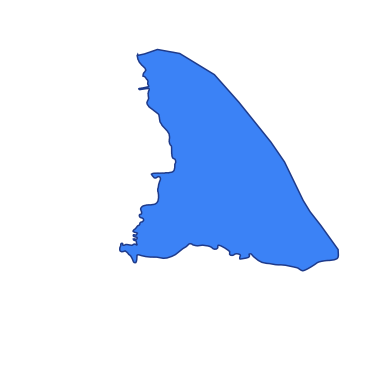 Cap Estate/Upper Saline Point, Saint Lucia (Mercator projection), rotated 232°
{"feature_id": "8701671B39792436227120", "entity_name": "Cap Estate/Upper Saline Point", "entity_type": "district", "adm_level": 2, "iso_a3": "LCA", "parent_name": "Saint Lucia", "parent_adm1": "", "projection": "mercator", "projection_center": [-60.944, 14.108], "detail": "fine", "context": "isolated", "style": "filled", "palette": "blue", "viewbox_px": 384, "rotation_deg": 232, "n_neighbors": 0, "source": "geoboundaries", "source_scale": "gbopen_adm2", "svg_char_len": 6050}
<svg xmlns="http://www.w3.org/2000/svg" viewBox="0 0 384 384"><g transform="rotate(232 192 192)"><path d="M333.8,233.9L333.2,232.7L332.3,232.3L331.6,232.0L331.2,231.7L330.3,231.4L329.9,231.1L329.2,231.0L328.5,230.9L327.6,230.6L327.0,230.5L326.5,230.4L326.0,230.5L325.5,230.4L324.9,230.5L324.0,230.5L323.5,230.5L322.9,230.5L322.3,230.7L321.8,230.8L321.2,230.8L320.7,230.9L320.2,231.0L319.7,231.0L319.1,231.1L318.6,231.2L317.9,231.1L317.4,230.9L317.0,230.7L316.5,230.7L316.3,230.2L316.1,229.6L315.8,228.9L315.7,228.3L315.6,227.5L315.2,226.6L314.9,226.1L314.2,225.4L313.5,224.7L312.7,225.3L312.2,225.6L311.4,225.8L310.6,225.8L310.1,225.8L309.2,225.7L308.6,225.7L307.9,226.0L307.1,225.6L306.4,225.5L305.9,225.1L305.5,224.6L304.9,224.0L304.2,223.5L303.7,223.5L303.1,223.4L302.6,223.3L301.8,222.8L302.1,221.8L302.5,221.0L302.8,220.3L303.0,219.9L303.4,219.1L303.7,218.5L304.1,217.7L304.3,217.2L304.6,216.7L305.1,215.9L305.3,215.4L305.7,214.7L306.0,214.3L306.1,213.7L305.5,213.5L305.0,213.7L304.6,214.2L304.4,214.7L301.3,220.1L300.8,220.7L300.6,221.2L300.0,221.7L299.6,221.7L299.1,221.4L298.8,221.1L298.2,220.0L298.0,219.6L297.6,219.2L297.1,218.7L296.8,218.1L296.4,217.9L295.9,217.6L295.3,217.2L294.5,216.6L293.8,216.3L293.2,215.9L292.4,215.4L291.9,214.6L291.6,214.0L291.2,213.2L291.0,212.7L290.6,212.2L290.4,211.7L290.0,211.4L289.3,211.0L288.7,210.8L288.3,210.7L286.9,210.7L286.2,210.6L285.8,210.6L285.2,210.6L284.7,210.9L284.0,210.9L282.8,211.3L274.5,213.4L273.5,213.5L272.6,213.1L272.1,212.8L271.1,212.3L270.5,212.0L269.5,211.3L268.8,211.0L267.9,210.5L267.4,210.2L266.6,209.9L266.1,209.9L265.2,209.8L264.7,209.8L264.1,209.7L263.5,209.5L262.4,209.5L261.9,209.5L261.0,209.6L254.8,210.1L254.2,209.9L253.6,209.9L252.8,209.8L252.1,209.8L251.3,209.4L250.9,209.1L250.0,208.7L249.6,208.4L248.9,208.0L248.5,207.6L248.1,207.3L247.7,206.8L247.3,206.4L246.8,206.0L246.4,205.7L246.0,205.2L245.6,205.0L244.7,204.6L244.2,204.3L243.3,204.1L242.6,203.9L241.9,204.0L241.4,204.1L240.6,203.9L240.3,203.7L239.5,203.2L239.1,202.9L238.7,202.6L238.2,202.2L237.8,201.9L237.4,201.6L237.0,201.4L236.6,201.0L236.2,200.7L235.5,200.2L234.6,199.5L234.1,199.4L233.7,199.1L232.9,198.5L232.0,198.1L231.5,198.0L230.9,197.8L230.4,197.8L229.9,198.0L229.3,198.3L228.6,198.6L228.2,198.8L227.6,198.6L226.9,198.4L226.5,198.1L225.7,197.7L225.3,197.3L225.0,196.7L224.7,196.1L224.3,195.4L223.8,195.1L223.5,194.8L223.0,194.4L222.7,194.1L222.2,193.8L221.9,193.5L221.5,193.0L221.1,192.5L220.6,191.9L220.3,191.5L220.0,191.1L219.9,190.3L219.8,189.3L220.0,188.7L220.1,188.1L220.5,187.5L220.8,186.9L221.1,186.4L221.4,185.8L221.6,185.2L222.0,184.8L222.4,184.3L222.7,183.9L223.2,183.3L223.6,182.6L224.0,181.6L224.7,180.9L226.8,178.0L228.1,176.4L229.2,174.9L230.3,173.4L230.9,172.1L231.0,171.0L230.4,170.9L229.5,170.8L228.6,170.8L227.5,170.9L226.4,171.0L225.9,171.4L225.3,172.1L225.2,173.0L225.1,173.9L225.0,174.7L224.7,175.1L224.2,175.5L223.5,175.9L222.9,175.8L221.8,175.3L221.4,174.9L220.9,174.3L220.7,173.8L220.2,173.0L219.9,172.4L219.2,171.6L218.7,170.7L218.2,170.1L217.6,169.5L217.1,169.0L216.6,168.4L216.0,167.8L215.7,167.2L215.3,166.8L214.9,166.4L214.3,166.0L213.8,165.6L213.4,165.4L212.9,165.3L212.5,165.1L212.0,164.8L211.3,164.4L210.9,164.2L210.5,163.9L210.1,163.7L209.3,163.0L208.5,162.5L207.7,161.7L206.7,160.6L206.2,160.0L205.7,159.4L205.5,158.7L205.2,157.9L205.1,157.1L205.2,155.6L205.5,154.8L206.1,153.6L206.6,152.9L206.9,152.2L207.3,151.5L207.8,150.9L208.2,150.3L208.7,149.7L209.2,148.9L209.7,148.2L210.0,147.4L210.3,146.8L210.6,146.2L211.0,145.2L211.2,144.4L211.2,143.7L211.0,142.4L210.6,141.5L210.2,141.0L209.5,140.7L208.5,140.3L207.5,140.1L207.0,139.8L206.0,138.9L205.9,138.4L206.0,137.8L206.4,137.2L206.4,136.6L205.7,135.8L204.9,135.6L204.2,135.5L203.5,135.7L203.0,136.1L202.0,136.8L201.1,137.1L200.1,136.9L199.3,136.2L199.1,134.5L199.7,133.2L199.7,132.3L199.4,131.6L198.7,130.9L198.4,130.3L198.6,129.3L198.8,128.3L198.5,127.1L198.1,125.6L197.9,124.7L198.0,123.2L197.7,121.8L197.1,121.3L195.4,122.1L194.3,123.1L193.2,123.6L192.9,122.9L192.4,121.8L192.8,121.0L193.6,120.4L194.3,119.6L194.1,119.1L193.4,118.7L192.6,118.9L190.9,120.1L190.2,120.7L189.5,120.5L189.0,119.9L189.0,119.2L189.5,118.5L190.7,117.6L191.1,116.8L190.5,116.5L189.7,116.6L188.6,117.4L188.1,117.7L187.5,117.8L186.9,117.5L185.9,116.8L184.3,116.2L184.4,115.7L185.3,115.4L186.4,114.6L186.8,113.6L186.8,112.4L187.0,111.8L188.9,110.0L190.5,108.6L191.4,107.5L191.7,106.0L192.4,104.9L193.1,104.9L193.8,105.5L194.6,105.4L195.0,104.7L194.8,103.8L193.6,102.8L192.4,100.7L190.8,99.4L189.6,99.1L188.2,99.8L187.6,100.8L187.1,101.9L186.8,103.0L184.8,103.6L183.0,103.8L181.8,103.7L180.6,104.1L179.1,104.3L176.1,103.8L174.1,103.2L173.0,102.9L172.1,103.0L171.3,103.6L171.0,104.3L171.6,105.5L172.8,106.9L176.0,109.7L175.9,110.5L175.3,111.4L173.0,113.0L169.6,115.8L166.4,119.1L162.4,124.1L157.4,128.6L155.4,131.7L153.7,136.5L152.9,140.4L152.9,142.8L153.0,149.8L152.5,153.9L152.7,156.0L152.9,157.4L152.6,158.5L151.4,159.7L149.7,160.2L147.5,161.9L146.2,163.2L143.6,167.6L141.4,169.7L139.9,171.2L138.3,172.4L136.7,173.2L135.1,173.6L134.4,173.7L133.1,174.5L132.1,176.0L132.0,177.5L132.6,178.4L133.4,178.9L133.9,179.7L133.6,180.3L131.8,181.6L127.7,183.4L123.9,184.6L121.9,185.0L120.7,184.1L119.8,183.3L118.6,183.4L117.4,184.5L116.8,185.7L116.6,187.8L115.9,189.2L114.5,190.5L113.1,191.3L112.1,191.0L111.2,189.5L110.0,188.5L109.5,188.7L108.3,190.8L106.6,194.0L105.8,196.1L105.8,197.2L106.4,198.1L107.3,198.3L107.8,198.7L107.4,199.9L107.1,200.2L106.6,200.5L103.2,200.7L97.3,202.1L93.5,203.8L89.9,206.8L87.7,209.2L86.1,210.6L83.4,213.0L81.7,214.9L79.8,217.3L76.7,220.6L70.2,226.1L67.7,228.1L66.7,228.7L64.7,229.3L63.0,229.9L61.7,230.8L61.0,232.5L60.3,235.6L59.7,239.9L59.3,244.1L59.2,247.1L58.8,248.8L57.7,251.3L56.2,254.1L54.9,256.2L53.3,258.4L52.2,260.3L51.1,262.2L50.5,263.9L50.2,265.5L50.6,266.8L51.7,268.1L53.0,269.1L56.7,271.7L86.2,272.9L103.8,272.9L116.9,274.4L130.8,277.4L158.7,283.4L182.8,284.9L234.1,284.2L270.7,281.9L308.7,267.6L325.6,252.5L330.0,239.7L332.9,233.6L333.8,233.9Z" fill="#3b82f6" stroke="#1e3a8a" stroke-width="1.5"/></g></svg>